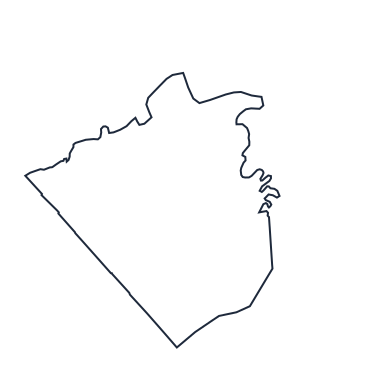 outline of Foni Brefet, West Coast, Gambia, rotated 48°
{"feature_id": "56634734B27150312185582", "entity_name": "Foni Brefet", "entity_type": "district", "adm_level": 2, "iso_a3": "GMB", "parent_name": "Gambia", "parent_adm1": "West Coast", "projection": "equal_earth", "projection_center": [-16.363, 13.217], "detail": "fine", "context": "isolated", "style": "outline", "palette": "slate", "viewbox_px": 384, "rotation_deg": 48, "n_neighbors": 0, "source": "geoboundaries", "source_scale": "gbopen_adm2", "svg_char_len": 2156}
<svg xmlns="http://www.w3.org/2000/svg" viewBox="0 0 384 384"><g transform="rotate(48 192 192)"><path d="M175.4,86.1L175.4,81.1L167.8,76.7L165.6,78.6L160.2,83.1L150.4,88.7L146.0,94.3L142.1,101.7L135.7,117.0L130.9,127.0L123.4,128.5L111.8,124.9L102.5,120.9L97.6,118.9L92.0,128.2L90.9,135.2L91.5,144.9L92.1,153.7L92.7,161.5L96.4,167.4L104.0,170.3L109.4,172.1L109.4,176.6L109.4,181.7L106.9,186.2L102.9,185.5L99.0,184.4L98.8,189.6L99.3,196.6L97.7,203.7L95.2,210.4L92.7,214.1L87.9,211.5L85.4,212.3L84.0,214.1L84.3,217.5L87.1,219.7L89.9,223.4L89.9,226.7L86.8,229.7L82.1,236.0L80.3,239.9L79.5,241.6L77.6,245.7L77.4,248.3L79.3,250.1L80.8,254.9L81.6,257.1L83.9,259.3L85.6,262.3L85.6,264.3L85.6,264.8L83.1,263.0L81.9,264.9L82.8,266.7L81.4,269.0L80.6,274.5L80.1,279.0L80.0,279.3L79.6,279.9L78.6,281.2L76.4,287.1L73.6,289.4L71.4,294.6L69.4,299.4L68.4,305.0L68.9,305.0L93.1,304.8L93.6,305.9L103.7,305.3L115.4,304.6L118.0,304.6L118.6,305.7L143.6,305.9L144.5,306.3L153.2,306.3L171.5,306.4L198.1,306.6L198.7,305.9L199.5,306.2L225.0,306.1L226.7,306.8L229.6,306.8L252.0,306.6L275.5,306.9L297.4,307.3L298.2,283.4L301.1,262.3L302.2,254.8L311.1,239.5L315.6,225.4L305.4,192.1L302.8,183.5L299.9,181.3L289.5,173.1L270.0,157.7L268.7,156.7L262.2,151.6L260.2,151.6L258.3,149.4L256.0,149.4L252.1,155.7L248.8,147.1L249.7,144.5L251.3,144.1L253.6,145.2L255.0,145.2L255.0,143.3L254.4,141.5L251.3,140.8L247.4,142.6L245.4,142.3L245.4,141.2L245.1,136.7L248.5,134.1L253.0,132.6L253.5,129.6L248.2,127.8L244.8,128.6L241.7,131.2L239.2,131.2L238.1,132.3L238.7,137.9L238.7,140.1L236.4,140.9L234.7,136.1L235.3,129.8L235.6,127.2L234.7,124.2L233.0,122.7L230.8,124.2L230.5,127.9L230.5,132.0L229.7,133.1L228.0,132.4L226.8,128.3L225.7,126.1L224.3,125.4L222.3,125.4L220.4,126.5L219.3,128.8L219.9,136.9L219.3,139.9L216.8,142.8L214.8,144.3L212.3,144.0L208.6,141.4L207.0,139.2L204.7,134.0L204.4,131.1L201.6,128.9L198.5,130.0L197.1,128.2L196.5,124.5L195.6,118.2L193.5,116.2L192.8,115.6L189.7,113.8L187.2,110.8L184.4,109.4L181.3,108.3L175.4,109.1L171.5,113.6L170.0,112.5L167.8,110.2L166.7,107.7L166.1,104.3L166.3,99.9L166.6,96.6L169.4,92.1L175.4,86.1Z" fill="none" stroke="#1e293b" stroke-width="2"/></g></svg>